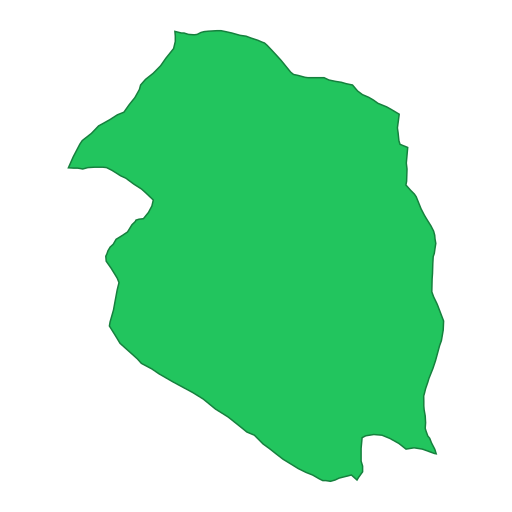 outline of Erbil, Arbil, Iraq
{"feature_id": "34846034B81757937090155", "entity_name": "Erbil", "entity_type": "district", "adm_level": 2, "iso_a3": "IRQ", "parent_name": "Iraq", "parent_adm1": "Arbil", "projection": "natural_earth1", "projection_center": [44.002, 36.09], "detail": "fine", "context": "isolated", "style": "filled", "palette": "green", "viewbox_px": 512, "rotation_deg": 0, "n_neighbors": 0, "source": "geoboundaries", "source_scale": "gbopen_adm2", "svg_char_len": 2578}
<svg xmlns="http://www.w3.org/2000/svg" viewBox="0 0 512 512"><path d="M68.4,167.8L73.5,168.1L77.5,168.1L80.1,168.5L82.7,169.0L87.8,167.6L94.5,167.2L98.9,167.2L102.9,167.2L106.6,167.6L112.1,170.4L120.6,175.8L125.7,178.1L133.8,184.1L141.6,189.1L145.6,192.7L153.3,200.0L151.9,206.0L148.5,212.4L145.6,216.0L143.4,218.7L139.0,219.2L136.0,220.1L135.3,221.5L132.0,224.7L127.5,232.0L121.3,236.1L116.1,239.3L113.2,244.3L110.2,247.0L108.0,250.7L106.9,253.9L105.8,256.2L106.2,261.2L111.3,268.5L117.2,278.1L119.0,282.6L117.2,289.9L114.7,303.4L113.5,310.0L110.1,321.9L109.4,326.0L115.7,336.1L120.1,343.4L126.7,349.3L137.4,358.9L141.4,363.4L151.8,368.9L159.1,373.9L173.5,382.2L193.0,392.7L203.3,399.1L215.5,409.1L228.0,416.9L242.8,428.7L246.8,432.0L254.4,435.2L263.1,444.0L269.2,448.4L276.4,454.1L283.0,459.2L290.2,463.6L298.3,468.6L306.0,472.4L312.6,475.0L319.2,478.8L322.8,480.6L325.9,480.6L330.5,481.3L335.1,480.0L339.1,478.1L351.4,475.0L357.0,480.0L358.5,477.5L362.6,471.8L362.6,466.1L361.1,461.1L361.1,456.6L361.1,448.4L362.1,437.7L365.7,435.8L373.8,434.5L382.0,435.2L389.6,438.3L398.8,443.4L406.0,449.1L414.1,447.8L422.3,449.1L434.5,453.5L436.2,453.8L434.8,449.3L431.5,442.9L429.7,438.3L427.8,436.0L426.0,431.0L425.2,428.3L425.6,422.8L425.2,415.9L424.1,409.6L423.8,405.9L423.8,401.3L423.7,395.9L424.5,393.1L425.6,388.6L427.8,382.2L428.9,378.5L432.9,368.5L435.5,360.7L439.6,345.6L441.4,340.6L443.2,330.1L443.6,321.0L441.7,316.0L437.7,305.5L436.9,303.6L433.6,296.8L431.8,291.8L432.1,279.0L432.5,273.5L432.8,263.5L433.2,256.6L434.3,253.4L435.0,248.4L435.8,243.4L435.0,238.8L434.7,235.2L433.6,231.1L431.0,226.0L427.3,220.1L426.2,218.3L424.3,215.1L421.0,208.7L418.8,203.2L416.2,196.8L414.4,194.1L410.7,190.4L405.9,185.0L406.6,181.3L407.0,169.0L406.3,163.1L407.7,147.5L400.0,144.3L398.9,140.7L398.1,132.9L397.4,127.9L398.5,119.7L399.2,114.2L390.8,109.2L386.7,106.9L377.9,103.3L373.5,100.1L368.7,97.3L362.4,94.6L357.6,91.0L352.5,85.0L346.2,83.7L341.4,82.3L335.6,81.4L328.9,80.0L324.1,77.7L308.0,77.7L305.0,77.3L298.0,75.4L293.6,74.5L290.7,72.2L281.1,60.4L277.4,56.3L272.3,50.8L267.1,45.3L264.5,43.0L262.0,42.1L257.9,40.3L250.9,38.0L246.1,36.2L239.9,35.3L231.8,33.0L225.5,31.6L221.1,30.7L216.7,30.7L208.3,31.2L204.2,31.6L200.9,32.5L197.2,34.4L194.3,34.8L188.4,34.4L184.0,33.0L181.4,33.0L174.9,31.4L175.3,36.0L175.3,41.5L173.6,48.6L165.9,58.2L160.6,65.8L153.2,73.3L145.5,79.4L140.6,85.0L139.4,89.5L134.9,97.6L133.2,99.7L129.2,104.7L123.9,112.2L117.4,114.8L109.6,119.8L98.6,125.9L91.3,133.5L82.3,140.5L79.9,144.1L73.3,156.7L68.4,167.8Z" fill="#22c55e" stroke="#15803d" stroke-width="1.5"/></svg>